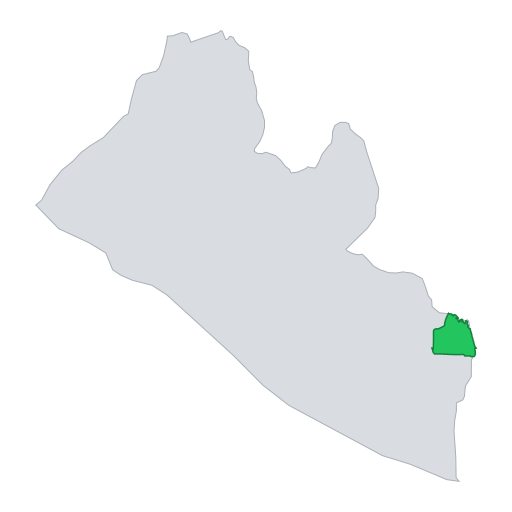 Glio-Twarbo, Grand Gedeh, Liberia shown in context
{"feature_id": "62588387B48887094579275", "entity_name": "Glio-Twarbo", "entity_type": "district", "adm_level": 2, "iso_a3": "LBR", "parent_name": "Liberia", "parent_adm1": "Grand Gedeh", "projection": "albers", "projection_center": [-7.549, 5.712], "detail": "fine", "context": "in_parent", "style": "filled", "palette": "green", "viewbox_px": 512, "rotation_deg": 0, "n_neighbors": 0, "source": "geoboundaries", "source_scale": "gbopen_adm2", "svg_char_len": 4087}
<svg xmlns="http://www.w3.org/2000/svg" viewBox="0 0 512 512"><path d="M35.8,205.0L41.5,200.3L49.9,184.9L61.7,170.2L72.6,161.4L81.2,152.4L90.4,145.6L103.4,137.6L123.5,116.4L128.2,113.9L131.4,99.2L136.5,80.5L142.3,74.7L155.9,71.3L159.1,68.0L163.9,54.8L167.1,39.5L167.4,36.1L172.7,35.8L181.9,32.5L187.2,34.0L189.5,38.4L190.7,42.2L218.4,32.7L220.8,30.7L222.2,31.1L225.7,39.7L227.7,39.2L229.4,36.7L231.2,36.5L233.4,37.7L235.5,41.7L239.0,45.3L245.0,47.9L248.8,51.4L248.3,60.7L249.8,69.7L252.4,71.7L253.7,77.1L254.4,83.0L255.8,86.1L256.8,92.1L256.3,98.5L257.4,102.9L261.7,110.7L264.5,120.5L264.5,127.4L262.8,134.7L259.9,141.3L254.7,148.5L254.3,151.4L257.3,153.3L262.0,153.7L265.8,152.2L275.6,155.6L280.8,160.4L285.3,166.3L289.3,169.3L291.1,173.0L298.1,172.0L306.2,168.4L307.9,166.7L310.3,167.6L315.5,168.0L319.1,161.6L322.1,154.2L328.4,146.1L331.5,143.0L332.3,137.9L332.7,131.2L334.9,125.5L340.1,122.3L345.7,122.4L348.7,123.6L350.3,129.1L354.8,133.4L358.6,136.3L360.6,137.6L363.8,140.9L366.8,152.1L378.7,188.4L378.1,198.4L375.7,205.0L375.7,211.4L374.9,217.7L367.5,228.1L345.9,249.3L347.5,251.1L352.7,253.6L358.0,254.8L362.3,254.2L367.7,259.5L373.5,266.1L379.7,269.6L388.6,272.7L396.3,273.0L403.0,271.9L412.3,273.2L422.3,278.7L425.8,287.8L428.2,295.8L431.6,299.8L432.1,306.7L439.2,312.7L449.2,313.9L462.3,321.0L465.6,320.6L467.1,319.7L468.7,321.0L472.0,341.5L474.5,352.3L473.2,356.7L471.4,360.1L471.3,376.6L465.4,386.1L464.4,396.5L462.8,399.9L456.4,402.9L456.4,410.8L454.7,420.5L454.0,430.7L455.8,457.5L456.1,477.5L459.0,481.3L446.7,479.6L410.4,464.3L382.4,455.6L288.9,405.4L263.0,385.3L233.2,355.3L166.9,294.9L151.8,285.2L132.7,280.4L120.9,275.3L112.6,269.7L105.9,253.0L89.3,242.9L58.7,228.7L35.8,205.0Z" fill="#d9dde1" stroke="#a8b0b8" stroke-width="1"/><path d="M433.3,352.6L433.6,352.9L434.6,354.0L436.8,353.9L440.0,354.0L440.5,354.0L441.0,354.0L442.9,354.0L443.3,354.0L443.6,354.2L443.9,354.2L444.2,354.2L445.6,354.1L448.1,354.4L448.6,354.4L450.7,354.4L451.6,354.5L455.3,354.6L458.5,354.6L459.9,354.6L460.7,354.5L461.9,354.5L463.6,354.4L464.8,356.0L466.2,355.9L468.0,355.9L469.6,356.0L470.1,355.9L470.4,356.1L470.7,356.4L471.1,356.6L472.1,356.7L473.1,356.5L473.8,356.4L474.2,356.2L474.4,356.3L475.0,355.1L475.2,353.8L475.4,353.7L475.3,353.2L475.3,352.7L475.3,352.1L475.2,351.6L475.1,350.4L474.8,349.3L474.7,348.6L475.0,348.3L475.4,348.2L475.9,348.3L476.2,348.1L475.4,347.2L474.9,346.6L474.7,345.9L474.2,344.6L474.2,344.1L473.8,343.3L473.7,342.3L473.5,341.8L473.5,341.2L473.2,340.6L473.1,340.3L472.8,339.5L472.8,338.6L472.5,338.2L472.5,337.9L472.3,337.3L471.9,336.2L471.8,335.6L471.9,334.7L471.6,334.5L471.4,334.0L471.3,333.6L471.4,333.1L471.1,332.8L471.1,332.1L470.6,331.6L470.7,331.1L470.5,330.5L470.4,329.8L470.3,328.9L469.6,328.8L469.2,328.5L468.7,327.9L467.8,326.8L467.7,326.7L468.4,325.7L467.6,324.8L467.0,323.7L467.2,323.3L467.5,322.2L467.5,321.7L467.3,321.5L467.0,321.2L466.6,321.0L466.5,320.9L466.1,320.9L465.7,321.0L465.0,323.6L464.9,323.7L464.0,323.0L463.5,322.6L463.4,322.1L463.0,321.6L462.2,321.5L461.9,321.5L461.6,321.4L462.0,321.1L462.7,320.8L462.8,320.4L462.8,319.9L462.5,319.6L461.8,319.3L461.3,319.3L461.1,319.6L460.7,319.9L460.3,320.2L460.0,320.4L459.9,320.5L459.6,320.5L459.4,321.0L459.4,321.4L459.2,321.7L459.0,321.9L458.9,321.8L458.7,321.8L458.4,321.1L457.8,319.9L457.0,318.6L456.6,318.7L456.1,318.6L456.1,318.3L456.2,317.8L456.4,317.8L456.9,317.9L457.5,318.3L457.9,318.5L458.2,318.3L458.2,318.0L457.7,317.3L456.6,316.1L455.7,315.1L454.6,314.7L453.9,314.8L453.6,315.3L453.5,315.6L453.3,315.8L453.2,315.9L453.0,315.4L452.9,315.1L452.5,315.0L452.1,315.0L452.1,314.8L451.7,314.0L451.0,314.0L450.1,313.9L449.7,313.7L449.1,313.8L448.5,313.3L448.1,314.1L447.0,316.4L446.0,318.7L445.7,319.4L444.6,323.5L444.7,324.0L444.7,324.9L444.6,325.1L444.3,325.7L443.5,326.3L439.9,328.1L438.9,328.6L437.7,329.0L437.0,328.8L436.1,328.8L434.5,329.4L434.1,329.6L433.5,331.1L433.5,333.9L433.5,336.2L433.5,340.2L433.4,345.8L433.2,348.6L432.8,348.1L432.3,348.0L431.9,348.0L432.6,350.0L432.8,351.1L433.1,351.7L433.3,352.5L433.3,352.6Z" fill="#22c55e" stroke="#15803d" stroke-width="1.5"/></svg>